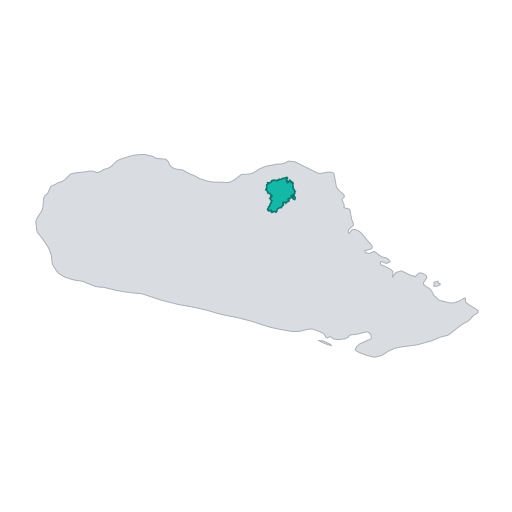 Morafenobe, Melaky, Madagascar shown in context, rotated 85°
{"feature_id": "10022922B27026898293410", "entity_name": "Morafenobe", "entity_type": "district", "adm_level": 2, "iso_a3": "MDG", "parent_name": "Madagascar", "parent_adm1": "Melaky", "projection": "orthographic", "projection_center": [45.038, -17.912], "detail": "fine", "context": "in_parent", "style": "filled", "palette": "teal", "viewbox_px": 512, "rotation_deg": 85, "n_neighbors": 0, "source": "geoboundaries", "source_scale": "gbopen_adm2", "svg_char_len": 8550}
<svg xmlns="http://www.w3.org/2000/svg" viewBox="0 0 512 512"><g transform="rotate(85 256 256)"><path d="M339.7,51.1L341.1,54.5L342.7,57.8L347.8,65.7L350.0,68.8L351.8,72.0L352.6,78.4L355.8,88.4L358.6,103.4L359.2,118.7L360.0,125.7L362.3,132.4L366.1,139.3L367.2,147.0L364.5,154.8L360.9,162.0L359.9,163.4L358.2,165.3L357.5,165.2L354.7,163.2L352.5,160.0L349.8,152.6L348.8,148.8L347.6,148.2L344.2,148.4L341.7,150.7L341.2,152.1L341.7,156.3L342.5,160.0L342.8,163.8L342.8,168.6L343.7,170.1L345.0,171.3L346.3,174.5L346.4,181.9L345.5,185.7L343.0,188.8L343.1,190.6L343.9,192.5L343.1,193.5L339.9,194.9L338.6,196.1L336.8,199.3L333.8,205.9L333.4,209.4L334.9,219.8L334.2,227.2L330.4,241.2L328.2,247.9L325.1,255.8L320.5,266.3L315.9,279.5L312.0,293.0L309.1,301.1L305.9,309.2L301.4,323.3L297.5,337.7L292.0,353.6L284.4,371.2L283.6,373.5L281.9,382.5L280.2,390.3L278.1,398.1L273.8,410.8L273.3,414.8L272.3,418.6L268.4,426.6L266.7,429.5L265.5,432.7L264.8,436.7L263.6,440.6L260.7,447.7L256.4,453.8L253.6,456.0L247.4,459.2L244.3,459.8L237.4,459.8L230.7,461.6L223.8,465.1L217.1,469.2L214.5,471.1L211.7,472.2L202.9,472.4L200.3,471.5L191.4,464.9L188.0,463.8L181.5,462.9L179.6,462.3L177.8,461.4L175.2,457.9L169.9,455.0L168.7,454.1L167.9,452.1L167.3,449.9L166.0,447.4L164.9,442.7L163.2,439.5L158.3,433.7L157.8,431.9L157.3,425.7L157.4,421.6L156.9,414.0L157.4,410.4L159.1,407.1L158.4,403.6L156.5,400.0L155.8,396.2L154.4,392.7L149.3,386.5L148.0,383.5L147.2,380.3L145.1,370.4L144.8,367.0L145.0,359.7L145.7,355.9L146.9,353.3L147.2,351.3L148.0,349.6L149.2,348.3L150.0,346.6L151.8,337.3L154.3,335.2L157.9,334.0L160.8,331.5L162.4,328.2L164.0,321.4L168.6,314.6L170.2,311.0L173.9,305.7L177.1,298.1L178.1,294.5L178.8,290.9L179.6,282.9L180.2,278.9L180.1,275.0L178.2,270.9L173.6,263.6L173.5,262.2L173.8,256.7L173.4,252.8L171.7,248.9L169.6,245.2L167.4,238.2L166.3,226.8L166.5,222.6L165.9,218.9L164.3,215.4L165.4,209.3L179.0,187.0L179.4,184.4L178.8,177.6L179.1,173.7L179.6,172.2L180.6,171.3L182.9,170.9L194.0,169.9L195.4,169.3L198.2,167.4L202.0,163.8L203.7,162.7L205.2,163.1L206.2,164.7L207.4,165.5L211.9,163.9L213.6,163.8L215.4,164.1L216.2,162.6L216.7,160.6L217.4,159.1L218.6,158.3L224.3,157.9L228.0,157.4L232.8,156.0L233.8,156.3L237.6,161.4L238.8,161.8L240.3,162.0L241.6,161.1L238.5,158.4L238.0,156.9L238.2,155.2L239.9,151.6L242.7,148.8L248.9,144.6L255.4,139.8L257.3,139.4L258.9,140.2L260.0,146.0L259.9,147.0L260.9,147.1L262.1,146.4L263.2,144.1L263.3,142.2L262.4,140.3L262.0,138.7L262.0,137.3L265.3,133.9L267.9,130.6L269.1,126.8L270.2,125.0L272.9,123.0L273.7,123.3L274.3,125.0L274.7,126.7L274.0,128.4L273.0,130.1L272.5,132.4L274.1,132.9L275.5,132.3L277.7,128.2L280.1,124.4L281.6,122.4L283.4,121.0L286.4,121.3L289.3,122.2L284.6,118.1L283.5,112.4L289.3,102.7L289.4,100.7L290.2,100.1L290.6,99.3L287.7,96.0L287.1,94.3L287.6,91.9L289.0,89.7L290.3,88.2L292.1,87.6L293.6,88.5L296.7,91.2L298.8,91.7L301.4,89.1L303.6,85.9L306.8,83.8L310.4,82.5L316.0,77.5L319.7,66.9L320.0,63.8L319.3,60.0L318.1,56.4L316.0,51.9L316.6,50.9L319.6,51.5L320.6,50.9L323.9,47.1L329.5,39.6L331.2,39.6L332.7,41.1L333.3,43.2L334.3,44.7L337.9,48.4L339.7,51.1ZM301.7,80.3L301.7,81.5L297.6,80.9L297.0,76.9L299.0,76.8L299.5,75.1L300.7,75.0L302.0,78.6L301.7,80.3ZM349.1,195.4L345.5,201.3L346.6,196.3L350.7,189.3L351.9,188.8L349.1,195.4Z" fill="#d9dde1" stroke="#a8b0b8" stroke-width="1"/><path d="M213.6,236.9L213.4,236.7L213.7,236.3L213.7,236.1L213.9,235.9L213.9,235.6L213.8,235.2L213.5,234.9L213.3,234.8L213.2,234.1L213.4,233.7L213.4,233.2L213.9,232.9L214.1,232.6L214.2,232.4L213.6,231.9L213.5,231.6L213.2,231.5L213.0,231.2L212.6,231.3L210.9,230.4L210.5,229.4L210.0,228.8L209.9,228.5L209.9,228.2L210.1,228.0L210.0,227.9L209.9,227.5L209.8,227.4L209.7,227.1L210.0,226.8L209.9,226.7L209.7,226.4L209.6,226.2L209.4,226.1L209.1,225.9L208.6,225.4L208.4,225.5L208.1,225.1L207.6,224.7L207.7,224.4L207.4,224.4L207.2,224.2L206.9,224.2L207.0,224.2L207.0,224.3L206.6,224.4L206.4,224.5L206.1,224.3L205.9,224.4L205.7,224.7L205.6,224.8L205.1,224.5L204.8,224.1L204.8,223.9L205.2,223.3L205.1,223.1L205.0,222.9L205.3,222.7L205.4,222.4L205.3,222.2L205.5,221.9L205.6,221.6L205.8,221.6L205.5,221.3L205.6,221.1L205.5,220.8L205.2,220.7L205.0,220.9L204.9,220.9L204.7,220.7L204.4,220.2L204.3,219.7L204.5,219.5L204.3,219.2L204.4,218.9L204.1,218.7L204.1,218.4L203.9,218.4L203.5,218.2L203.1,218.3L203.0,218.5L202.9,218.5L202.6,218.6L202.3,219.0L202.2,218.8L201.9,218.8L201.7,218.8L201.6,218.6L201.8,218.3L201.8,217.9L201.9,217.7L201.8,217.3L201.8,217.2L201.5,216.9L201.1,216.3L200.8,216.1L199.9,216.0L199.4,215.7L199.1,215.3L198.8,215.2L198.5,214.8L198.5,214.5L198.5,214.4L198.3,214.3L198.1,214.2L198.2,213.9L198.3,213.8L198.3,213.7L198.5,213.8L198.8,213.7L198.8,213.9L198.8,214.1L199.0,214.0L199.0,213.9L199.1,214.0L199.2,213.9L199.3,213.9L199.3,214.1L199.5,214.2L199.8,213.9L199.9,214.0L199.8,214.3L200.1,214.1L200.2,214.4L200.3,214.6L200.3,214.4L200.5,214.3L200.5,214.5L200.8,214.5L201.0,214.6L201.0,214.4L201.0,214.2L201.1,214.3L201.2,214.2L201.3,214.2L201.5,214.2L202.0,214.2L202.1,213.9L202.8,213.6L202.8,213.4L203.2,212.6L202.8,212.4L202.7,212.2L202.4,212.1L202.1,212.0L201.6,211.8L201.1,211.9L200.9,211.9L200.6,212.5L200.4,212.7L200.2,212.8L200.0,212.5L199.7,212.5L199.2,212.6L198.6,212.9L198.4,212.9L198.0,213.0L198.0,212.9L197.6,212.4L197.2,212.2L196.9,211.8L196.3,212.1L195.9,212.1L195.7,211.7L195.3,211.4L195.2,211.8L194.8,212.0L194.3,212.1L193.9,211.8L193.7,212.0L193.4,212.1L193.2,212.1L192.7,212.7L192.6,212.8L192.1,212.8L191.9,213.1L191.5,212.9L191.3,212.9L190.8,213.1L190.4,212.9L190.0,213.3L189.5,213.0L189.1,213.1L188.6,213.0L187.8,213.1L187.6,213.1L187.2,212.9L187.2,213.1L186.9,213.2L186.9,213.3L186.6,213.4L186.4,213.1L186.0,212.9L185.8,213.1L185.7,213.6L185.9,214.1L185.7,214.1L185.4,214.0L185.3,214.3L185.2,214.3L185.2,214.5L185.2,214.8L185.0,214.7L184.8,214.8L184.8,214.6L184.6,214.7L184.7,214.8L184.3,214.8L184.3,215.0L184.2,215.5L184.1,215.4L183.9,215.4L184.0,215.7L183.7,216.2L183.8,216.3L184.1,216.4L184.4,216.4L184.5,216.5L184.4,216.6L184.2,216.6L184.9,217.1L184.9,217.5L185.5,217.5L185.7,217.8L185.8,218.0L185.5,218.2L185.6,218.6L185.5,218.8L185.3,218.9L185.2,219.0L184.7,218.9L184.4,218.8L184.4,218.5L184.4,218.4L184.1,218.2L184.0,218.3L183.9,218.3L183.5,218.5L183.4,218.8L183.2,219.0L182.9,219.3L182.7,219.1L182.6,218.9L182.3,218.8L182.1,218.5L181.8,218.4L181.7,218.3L181.5,218.1L181.5,217.9L180.7,217.9L180.5,218.0L180.3,218.5L180.3,218.9L180.4,219.0L180.5,219.1L180.7,219.7L181.0,220.3L180.9,220.4L180.8,220.6L180.9,220.9L180.8,221.1L180.9,221.3L180.9,222.0L181.0,222.3L181.0,222.5L181.1,223.0L181.3,223.2L181.3,223.4L181.6,223.6L181.7,224.0L181.9,225.0L181.7,225.4L181.9,225.7L181.8,225.8L181.6,225.8L181.5,226.1L181.8,226.2L182.0,226.8L182.3,227.1L182.0,227.5L182.6,227.9L182.6,228.1L182.7,228.3L182.9,228.8L182.8,229.2L182.5,229.4L182.2,229.8L182.4,230.0L182.3,230.3L182.5,230.5L182.4,230.9L182.1,231.3L182.1,231.6L181.9,231.6L182.1,232.5L182.1,232.9L182.0,233.2L182.2,233.6L182.4,233.5L182.6,233.7L182.8,233.6L183.2,233.8L183.5,234.4L183.4,234.6L184.4,235.8L184.6,236.4L184.2,236.7L184.2,237.1L184.0,237.3L183.9,238.1L184.2,238.1L184.4,237.9L184.7,237.9L184.9,237.7L185.4,237.8L185.6,237.9L185.6,238.5L186.0,239.2L186.4,239.1L187.0,239.1L187.3,239.4L188.3,239.5L188.9,239.3L189.2,239.1L189.7,239.2L189.6,239.5L189.8,239.9L190.2,240.0L190.4,240.3L190.8,240.6L191.1,240.4L191.1,240.1L191.6,239.3L192.2,239.3L192.5,239.2L193.2,238.9L193.4,238.7L193.4,238.4L193.8,238.5L194.0,238.4L194.3,238.6L194.3,238.2L194.2,238.1L194.5,237.6L194.7,237.3L194.8,237.3L194.8,237.1L195.1,236.9L195.1,236.7L195.5,236.6L195.8,236.4L196.1,235.8L196.3,235.7L196.6,235.6L196.9,235.8L196.9,235.5L197.0,235.1L197.2,234.9L197.3,234.8L197.6,235.0L198.0,235.0L198.2,235.3L198.1,235.7L198.2,235.9L198.5,235.5L199.0,235.7L199.1,235.8L199.1,236.2L199.2,236.4L199.2,236.6L199.5,236.8L199.7,237.1L200.0,237.3L200.1,237.1L200.3,236.9L200.2,236.8L200.4,236.7L200.6,236.7L200.8,236.5L201.0,236.5L201.4,236.3L201.6,236.1L202.0,236.1L202.0,235.9L202.2,235.5L202.4,235.7L202.7,235.6L202.9,235.8L203.3,235.8L203.6,235.9L204.1,236.0L204.2,236.4L204.5,236.5L204.7,237.0L205.9,237.3L206.2,237.7L206.6,238.0L206.8,238.0L207.1,237.8L207.3,238.1L207.5,238.2L207.7,238.5L208.0,238.6L208.0,239.1L208.1,239.3L209.1,239.4L209.4,239.5L209.6,239.6L209.9,239.9L209.9,240.1L210.5,240.5L210.8,240.5L211.4,240.2L211.7,239.9L211.9,239.5L212.2,239.4L212.4,239.2L212.3,238.9L211.8,238.8L211.9,238.1L212.1,237.6L211.8,237.4L211.7,237.3L211.7,237.0L211.8,236.7L212.6,236.5L213.1,236.8L213.2,237.0L213.3,237.0L213.6,236.9Z" fill="#14b8a6" stroke="#0f766e" stroke-width="1.5"/></g></svg>